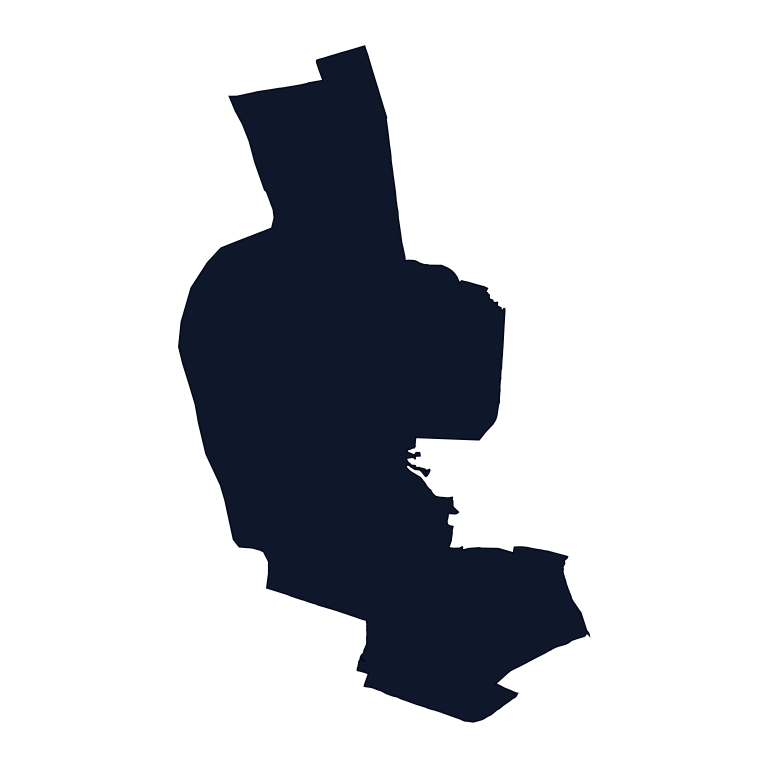 Peceneaga, Tulcea, Romania
{"feature_id": "2599482B15466890128615", "entity_name": "Peceneaga", "entity_type": "district", "adm_level": 2, "iso_a3": "ROU", "parent_name": "Romania", "parent_adm1": "Tulcea", "projection": "orthographic", "projection_center": [28.191, 45.007], "detail": "fine", "context": "isolated", "style": "filled", "palette": "ink", "viewbox_px": 768, "rotation_deg": 0, "n_neighbors": 0, "source": "geoboundaries", "source_scale": "gbopen_adm2", "svg_char_len": 6048}
<svg xmlns="http://www.w3.org/2000/svg" viewBox="0 0 768 768"><path d="M266.8,587.9L284.8,593.5L289.1,594.9L289.5,595.3L291.8,596.2L299.5,598.7L304.8,600.3L309.5,602.0L315.2,603.7L316.5,604.0L317.5,604.7L335.5,610.0L354.8,616.5L362.5,619.2L366.5,620.2L366.7,622.8L367.0,623.6L367.0,625.1L366.8,626.5L367.0,626.7L366.9,629.7L367.0,630.6L367.0,631.6L367.1,633.0L367.1,634.9L366.8,637.7L366.9,641.3L366.9,643.6L366.5,644.9L364.1,650.4L363.5,653.3L363.1,653.8L362.5,654.3L361.9,654.6L361.4,655.4L360.9,656.3L360.3,658.2L362.0,658.7L363.1,659.8L364.7,660.9L364.9,661.1L364.9,661.3L364.6,661.4L364.2,661.3L363.4,660.8L361.8,659.5L360.6,658.8L358.9,661.6L358.3,665.9L357.4,668.7L357.3,670.0L357.4,670.3L357.9,670.6L359.5,670.8L362.0,671.5L365.1,672.4L367.9,673.4L368.0,673.5L368.5,673.7L364.9,684.0L364.6,684.9L364.4,686.3L370.9,687.2L373.7,688.0L377.3,689.5L380.3,690.4L381.6,690.9L386.6,693.6L392.8,695.8L396.3,696.6L397.7,697.0L400.8,698.6L404.4,699.8L416.3,704.1L425.6,707.0L428.4,708.2L431.7,709.2L434.3,709.8L441.7,712.2L442.9,712.7L447.8,714.4L452.7,716.2L460.6,719.0L463.2,720.3L465.1,721.0L467.2,721.0L473.2,721.9L477.5,720.8L481.0,719.8L483.5,718.8L486.1,717.2L487.6,716.2L490.6,714.9L494.3,711.9L497.1,709.6L498.3,709.1L499.2,708.5L501.4,706.8L502.5,705.7L508.3,701.7L509.1,701.2L511.9,698.9L514.9,697.3L516.0,696.2L516.9,694.6L517.5,693.4L517.0,693.4L513.4,692.0L510.8,690.7L509.4,690.3L508.2,689.7L504.8,688.4L500.0,685.8L495.7,683.8L495.5,683.7L499.0,680.7L507.6,672.9L510.5,670.6L512.1,669.7L513.9,668.8L520.5,665.6L535.6,657.6L545.5,652.6L548.7,650.6L550.5,649.9L552.9,648.4L555.4,647.3L557.6,646.3L563.5,644.7L565.1,644.2L567.2,643.4L568.4,642.7L570.8,640.9L572.4,640.0L573.9,639.5L577.4,638.3L584.0,636.3L585.0,635.7L585.5,635.0L585.8,633.7L586.8,633.7L587.7,633.9L588.4,634.2L589.2,635.2L589.0,634.0L587.4,631.5L586.5,630.4L580.8,612.7L578.4,609.6L578.0,608.8L576.1,606.0L574.4,603.5L573.0,601.6L571.4,598.5L571.0,596.7L570.3,594.8L569.6,593.3L567.6,588.1L565.9,583.0L565.3,580.2L564.3,577.7L563.8,575.7L563.3,573.8L562.8,571.5L563.2,569.5L562.8,567.0L563.6,565.4L564.6,563.4L564.6,562.8L564.3,562.0L564.2,561.1L564.8,559.8L565.7,559.2L566.9,558.2L567.5,556.7L547.7,551.3L545.1,551.0L540.9,550.1L536.1,549.4L530.4,548.3L527.9,547.7L522.9,547.1L520.0,547.0L514.4,547.2L513.4,553.0L498.4,548.6L481.5,548.3L479.1,547.8L474.9,548.2L472.0,548.3L468.7,548.6L463.7,549.9L463.0,550.3L462.2,548.4L462.5,547.4L462.1,546.8L460.0,548.2L456.9,548.4L452.8,548.4L448.6,547.7L451.0,541.1L452.2,532.3L451.9,531.0L452.9,526.5L449.3,525.8L447.7,524.6L447.4,524.1L447.1,523.2L447.0,521.9L446.7,521.8L447.4,519.2L447.9,516.8L448.1,515.2L448.2,513.3L452.9,513.7L455.2,513.8L456.6,513.5L458.2,512.4L458.4,512.1L455.2,509.1L453.6,507.5L452.9,506.3L452.8,505.8L452.7,501.0L452.1,499.6L452.3,497.4L448.5,498.0L446.6,498.0L444.9,497.8L443.3,497.6L439.5,497.4L438.5,497.1L435.7,496.6L432.4,493.5L430.4,489.9L429.7,489.5L428.3,488.3L426.7,486.3L426.2,485.7L425.5,484.2L424.7,483.0L423.9,482.0L423.2,481.2L420.7,477.9L419.4,476.9L417.9,476.2L415.7,474.8L413.8,473.7L411.9,472.5L410.2,471.5L405.8,467.1L406.1,466.4L407.8,464.4L410.7,466.6L414.8,469.3L419.6,469.8L421.4,471.2L424.9,475.6L425.9,476.4L426.9,475.8L428.7,473.1L429.9,470.1L429.3,469.4L425.6,471.3L425.0,470.7L425.6,469.6L425.2,469.3L422.9,468.6L420.8,468.2L418.9,467.5L417.6,467.6L417.0,467.9L416.5,467.9L416.1,467.6L415.8,467.0L415.4,466.8L415.3,466.1L415.1,465.6L412.7,465.5L410.7,464.9L409.7,463.4L409.1,463.2L408.4,462.7L407.6,461.6L407.2,460.8L406.7,460.5L406.4,459.0L406.9,458.2L408.2,457.9L412.1,457.3L414.1,457.6L414.8,458.7L415.2,458.7L415.2,457.4L415.1,456.3L415.5,456.1L420.0,455.9L420.0,454.9L419.6,452.8L419.2,452.7L416.0,452.7L415.7,453.4L414.2,455.1L406.8,451.9L407.7,449.6L410.0,449.2L412.8,447.8L414.0,447.9L415.2,446.2L414.8,445.9L415.6,437.4L457.0,439.0L479.1,439.8L481.0,437.5L485.3,432.0L491.4,425.5L492.5,424.5L493.9,422.3L495.1,420.4L495.5,419.6L496.3,417.3L496.8,415.7L497.3,411.9L497.9,408.2L498.3,405.0L498.7,404.1L499.4,401.5L499.1,400.3L499.3,397.2L499.4,395.5L499.6,392.5L499.9,390.2L499.9,389.5L499.7,388.4L499.8,386.2L500.1,381.5L500.3,379.8L500.6,378.7L500.7,377.9L500.5,376.9L500.8,371.0L501.4,368.1L501.6,362.8L502.4,353.0L502.3,352.3L502.8,346.5L503.7,328.9L504.8,309.7L504.5,308.6L504.0,308.6L502.6,310.4L500.9,310.1L501.0,308.0L497.2,306.0L497.4,302.4L495.0,302.7L493.4,302.4L492.7,300.5L492.2,300.0L489.5,299.0L489.1,297.7L489.1,294.8L487.3,293.5L487.3,292.8L485.5,292.4L486.5,290.1L487.4,288.4L484.8,287.2L483.4,286.7L476.3,284.8L472.9,283.8L471.4,283.3L467.4,282.2L463.4,281.4L462.7,281.1L461.5,280.9L459.1,283.4L459.1,282.4L456.9,277.1L454.8,274.1L453.8,272.9L452.5,271.6L450.8,270.2L447.5,268.1L441.5,265.5L429.6,265.4L427.7,264.9L425.1,264.8L423.2,264.4L420.6,263.6L419.0,262.9L416.6,261.5L414.3,260.7L408.1,260.4L405.1,260.8L404.5,255.6L403.7,252.0L403.0,248.5L402.1,244.8L401.5,241.9L401.2,239.6L400.2,232.1L398.6,221.1L398.2,218.3L397.9,214.9L397.9,213.4L397.8,212.2L397.5,210.0L396.9,206.9L396.4,202.5L396.2,202.3L395.6,195.6L395.2,191.6L394.4,185.4L392.9,174.9L392.5,171.2L391.2,162.2L391.0,160.2L390.8,156.3L390.3,151.6L389.3,145.0L387.9,132.6L386.1,119.2L385.9,118.1L386.5,117.9L386.4,117.2L379.7,95.3L377.8,88.8L376.2,83.7L370.2,64.1L367.5,54.7L365.7,49.6L364.6,46.1L346.7,51.4L343.0,52.4L334.5,55.0L329.9,56.3L324.0,58.2L318.7,59.6L317.0,60.2L316.7,60.5L316.6,61.0L316.8,62.6L317.4,64.6L319.2,69.9L322.6,79.2L322.7,80.0L322.6,80.4L322.4,80.6L308.0,83.1L307.9,83.3L307.8,83.5L300.1,85.2L285.2,87.7L282.1,88.2L279.2,88.5L268.1,90.3L258.1,91.8L256.1,92.2L253.4,92.9L236.8,96.4L229.4,96.5L235.4,110.8L242.6,124.1L249.3,141.1L255.0,162.4L264.7,190.0L266.5,191.5L270.2,201.2L270.5,202.3L273.3,209.5L274.3,217.7L271.8,228.2L238.6,241.1L221.2,248.0L220.7,248.4L207.5,262.7L191.2,287.9L181.3,321.9L178.8,346.9L183.0,364.0L188.7,382.1L195.2,403.8L197.0,413.3L198.5,422.2L206.0,453.8L220.5,484.9L225.0,500.1L233.5,539.5L239.3,546.8L252.2,547.8L259.8,549.9L263.6,551.6L268.7,561.7L268.7,573.4L266.8,587.9Z" fill="#0f172a" stroke="#020617" stroke-width="1.5"/></svg>